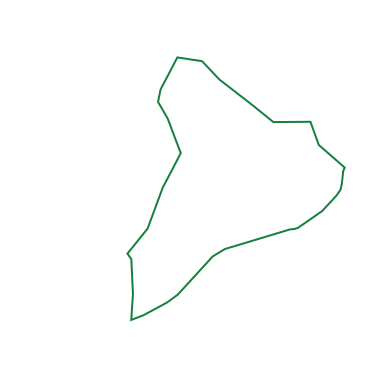 map outline of Tajura' wa an Nawahi al Arba (Mercator projection), rotated 135°
{"feature_id": "LBY-2978", "entity_name": "Tajura' wa an Nawahi al Arba", "entity_type": "Municipality", "adm_level": 1, "iso_a3": "LBY", "parent_name": "Libya", "parent_adm1": "", "projection": "mercator", "projection_center": [13.403, 32.626], "detail": "fine", "context": "isolated", "style": "outline", "palette": "green", "viewbox_px": 384, "rotation_deg": 135, "n_neighbors": 0, "source": "natural_earth", "source_scale": "10m", "svg_char_len": 587}
<svg xmlns="http://www.w3.org/2000/svg" viewBox="0 0 384 384"><g transform="rotate(135 192 192)"><path d="M66.7,101.4L70.5,99.7L80.3,91.8L85.4,88.6L92.4,87.3L113.5,86.5L142.3,91.7L145.7,93.4L148.9,96.1L209.0,128.4L222.9,131.8L274.6,129.5L287.7,131.5L313.5,139.2L325.4,144.5L305.9,161.6L282.4,187.4L281.2,194.1L254.0,197.0L249.3,197.5L209.6,215.8L195.1,220.3L172.5,227.4L157.3,261.0L152.3,279.7L141.8,286.7L107.2,297.5L92.4,277.4L93.1,252.1L88.2,213.6L85.0,183.9L58.6,157.9L69.1,135.6L67.1,106.3L66.9,103.8L66.7,101.4L66.7,101.4Z" fill="none" stroke="#15803d" stroke-width="2"/></g></svg>